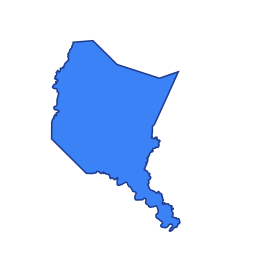 the district of San Francisco, Veraguas, Panama, rotated 27°
{"feature_id": "35544464B34923513195419", "entity_name": "San Francisco", "entity_type": "district", "adm_level": 2, "iso_a3": "PAN", "parent_name": "Panama", "parent_adm1": "Veraguas", "projection": "orthographic", "projection_center": [-80.952, 8.301], "detail": "fine", "context": "isolated", "style": "filled", "palette": "blue", "viewbox_px": 256, "rotation_deg": 27, "n_neighbors": 0, "source": "geoboundaries", "source_scale": "gbopen_adm2", "svg_char_len": 5988}
<svg xmlns="http://www.w3.org/2000/svg" viewBox="0 0 256 256"><g transform="rotate(27 128 128)"><path d="M40.2,76.5L40.6,77.6L41.1,78.7L40.9,80.3L40.9,80.9L41.5,81.8L41.1,83.6L40.7,84.4L41.1,85.5L41.2,86.1L41.1,88.6L40.9,89.4L41.2,89.7L42.1,90.1L42.1,90.4L41.8,91.0L41.9,91.5L42.1,91.8L43.1,92.4L43.6,93.6L44.0,94.1L43.7,95.4L43.7,96.1L43.3,96.7L43.3,97.6L42.8,98.2L42.6,99.7L42.8,102.0L43.3,103.5L43.1,103.6L42.4,103.4L42.3,104.7L41.1,105.1L40.7,105.5L40.8,106.0L41.3,106.9L41.6,107.9L41.7,108.5L41.5,109.0L41.1,109.4L40.7,109.5L40.0,108.8L39.5,108.6L39.2,108.7L39.1,108.9L39.2,109.9L38.8,110.9L39.0,111.3L39.7,111.9L40.3,113.0L40.2,113.7L39.8,114.2L39.7,114.6L39.9,115.4L40.8,115.9L40.7,116.2L40.2,116.5L40.3,117.2L40.5,117.3L42.6,117.3L43.6,117.1L43.9,117.3L44.1,117.8L44.1,118.2L43.9,118.7L43.6,118.9L42.8,119.1L42.6,119.4L42.8,119.9L43.9,120.4L44.1,120.9L43.4,121.4L42.3,123.1L42.1,124.3L42.2,125.6L42.5,126.2L43.2,126.3L44.6,126.2L46.1,125.6L46.9,125.7L47.3,125.8L47.5,126.1L48.5,127.9L49.7,127.7L50.0,127.8L50.9,129.7L51.0,131.0L52.0,135.2L54.0,139.2L54.2,139.9L54.2,140.3L54.1,140.7L52.6,142.7L52.5,142.9L52.5,143.2L54.1,145.0L54.3,145.0L56.0,144.3L57.3,144.1L58.7,144.3L59.1,144.7L59.0,145.3L57.9,146.1L57.5,146.7L57.3,147.4L57.3,147.7L57.5,148.0L58.6,149.0L58.4,149.6L57.6,150.0L57.0,149.6L56.8,149.8L57.0,150.5L56.8,150.8L57.1,151.5L56.9,152.3L57.0,152.6L57.4,152.8L57.3,153.7L56.9,154.2L57.4,157.4L64.9,172.4L111.5,187.3L116.9,184.8L117.3,184.2L118.8,183.3L119.7,182.6L119.9,182.0L119.9,181.1L120.5,180.7L121.6,180.1L122.1,180.3L122.6,180.2L123.9,180.8L124.6,180.6L125.1,180.6L125.4,180.0L125.5,179.3L126.3,178.7L126.5,178.8L126.7,179.3L127.1,179.5L127.3,179.3L127.3,178.8L127.6,178.5L129.2,178.9L131.1,178.4L132.5,178.4L132.8,178.6L133.2,179.1L133.7,179.4L134.9,180.9L135.3,181.1L135.6,180.8L136.0,179.9L136.5,179.6L137.2,179.6L138.8,180.2L139.4,180.1L139.9,179.6L140.7,177.6L141.0,177.2L141.5,177.2L141.7,177.4L141.9,177.6L141.9,178.2L141.8,179.0L142.1,179.9L142.7,180.5L143.8,183.0L144.3,183.4L144.8,183.5L145.7,183.4L146.5,182.8L147.6,181.5L148.4,180.8L149.0,179.5L150.3,177.8L151.2,177.1L151.7,177.0L152.3,177.3L153.1,178.2L155.2,179.6L155.5,179.7L156.5,179.5L156.9,179.5L158.0,180.3L159.0,180.6L160.9,182.2L161.6,182.2L163.1,181.7L164.0,181.8L164.5,182.0L164.8,182.4L165.0,183.0L165.1,185.1L165.4,186.4L166.3,187.8L166.8,188.3L167.3,188.5L168.3,188.3L173.3,185.5L173.6,185.2L173.8,184.4L174.2,183.6L174.7,183.2L175.3,183.0L175.6,183.0L176.0,183.2L176.8,184.1L177.1,184.8L177.3,186.0L177.7,186.8L179.0,187.4L180.8,187.5L182.3,188.5L182.9,188.7L183.7,188.5L185.1,187.6L186.5,186.5L188.4,184.7L189.1,184.6L192.0,187.3L193.3,189.7L193.2,190.5L192.5,191.8L192.3,192.2L192.6,193.2L193.0,193.9L193.8,194.9L194.4,195.2L195.2,195.3L196.3,195.2L199.0,195.9L200.8,196.1L201.6,196.6L202.1,197.2L201.5,198.8L201.4,199.7L201.5,200.3L201.9,200.7L202.8,200.9L203.5,200.9L204.7,200.4L206.3,200.1L206.9,199.7L207.5,199.0L208.1,198.0L208.3,197.3L208.4,195.8L208.6,195.1L209.5,194.3L210.4,194.0L211.2,194.2L211.7,194.6L212.0,195.0L212.2,195.5L212.2,196.6L212.0,197.1L211.6,197.5L211.4,197.9L211.4,200.7L211.6,200.9L211.9,201.0L212.4,200.8L212.9,200.4L213.1,199.9L213.9,198.9L214.1,196.9L214.5,196.1L215.2,195.0L216.1,194.6L216.4,194.2L216.5,193.2L216.3,191.0L216.3,190.2L216.6,189.7L217.2,189.7L217.1,188.7L216.7,188.1L215.7,186.9L215.0,186.4L214.5,185.8L214.3,185.7L214.0,185.8L212.9,186.6L212.6,186.7L212.3,186.6L211.6,186.1L210.0,186.9L209.2,186.8L208.4,187.1L207.7,186.9L207.5,186.4L207.7,185.9L207.6,185.3L207.0,183.7L206.2,182.9L204.8,182.2L203.9,181.3L203.9,181.0L204.2,180.5L205.0,180.2L205.1,179.8L204.9,179.3L204.7,179.1L203.5,179.7L202.7,179.3L202.6,179.1L202.9,178.5L202.8,177.8L202.4,177.5L201.9,177.5L200.7,178.0L200.3,178.1L199.2,177.9L198.4,177.3L197.2,177.8L196.5,178.4L195.9,178.5L195.1,178.1L194.6,178.0L194.4,178.2L194.4,178.4L194.6,179.5L194.6,179.8L194.0,180.0L192.7,179.8L192.6,179.5L192.8,178.5L192.2,177.8L192.1,177.5L192.4,176.7L192.4,176.3L191.9,175.8L191.1,175.4L190.7,175.0L189.9,173.6L188.8,173.0L188.7,172.3L188.4,172.0L187.4,171.4L186.9,171.3L186.4,171.4L185.6,172.0L184.8,171.3L184.5,170.7L184.0,170.7L183.6,171.1L183.6,171.7L183.4,171.9L183.3,172.8L182.9,173.0L182.5,173.1L181.9,173.1L181.1,172.6L180.3,172.5L179.4,172.7L178.8,172.5L178.3,172.9L177.7,172.7L176.8,172.9L176.2,172.9L174.2,172.1L173.8,171.3L172.9,170.7L172.1,169.9L171.5,169.6L171.2,169.2L171.2,168.9L171.7,168.5L171.8,168.2L171.2,167.1L170.9,166.0L170.2,165.6L169.9,165.3L170.0,164.6L170.8,163.8L170.8,162.7L170.9,162.1L170.7,161.7L169.9,161.1L169.4,160.9L168.6,161.0L168.4,160.9L168.1,160.3L168.4,159.3L168.1,158.8L167.7,158.8L166.8,159.0L166.3,158.9L165.6,158.5L165.0,157.8L164.7,157.7L163.6,158.0L162.4,157.4L161.6,157.8L161.3,157.8L161.1,157.6L161.1,157.4L161.4,156.7L161.3,156.0L161.1,155.6L161.2,154.6L160.9,153.8L161.1,151.8L160.8,151.2L160.0,151.0L159.8,150.7L160.0,150.4L160.7,149.9L160.8,149.4L160.3,148.5L160.3,147.7L159.7,146.5L159.5,146.4L158.8,146.5L158.5,146.3L158.4,146.1L159.2,145.2L159.3,144.8L159.3,144.5L158.8,143.9L158.8,143.7L159.2,143.4L159.5,143.0L159.0,141.5L159.0,140.4L159.4,138.9L160.1,138.6L160.3,138.4L160.2,138.2L159.8,137.9L159.7,137.4L160.0,137.2L160.5,137.4L160.8,137.0L159.8,136.3L159.4,135.2L160.3,134.6L161.6,133.3L161.7,133.1L161.7,132.4L163.3,131.8L163.6,131.4L163.6,131.0L163.7,130.0L163.5,129.2L163.2,128.8L162.5,128.7L162.4,128.6L162.4,127.4L162.2,126.8L162.5,125.7L162.4,125.0L161.9,124.9L161.4,124.6L161.2,124.7L161.2,125.2L161.0,125.4L160.2,125.2L159.5,124.8L158.6,125.1L158.5,124.9L158.7,124.5L158.2,123.3L157.9,123.1L156.8,123.7L156.5,124.2L156.6,124.6L156.4,124.8L156.5,125.2L156.3,125.6L155.6,125.5L155.3,125.8L154.7,125.8L153.8,126.1L153.3,126.0L153.0,125.7L152.9,125.4L153.0,125.1L153.4,124.8L153.3,124.3L152.6,123.7L152.3,123.2L152.2,122.8L152.3,122.2L151.1,119.9L151.1,119.6L150.7,118.7L149.1,115.7L149.9,112.6L148.6,81.7L147.3,55.0L133.4,69.4L89.4,76.4L57.1,66.1L40.2,76.5Z" fill="#3b82f6" stroke="#1e3a8a" stroke-width="1.5"/></g></svg>